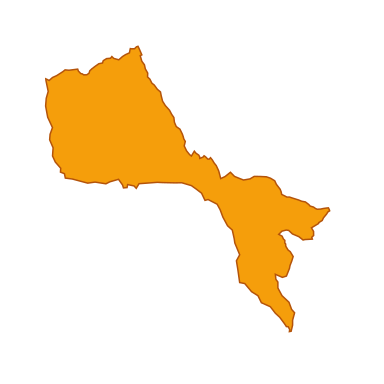 Koilineia, Paphos, Cyprus, rotated 352°
{"feature_id": "46923920B51362656618106", "entity_name": "Koilineia", "entity_type": "district", "adm_level": 2, "iso_a3": "CYP", "parent_name": "Cyprus", "parent_adm1": "Paphos", "projection": "natural_earth1", "projection_center": [32.649, 34.878], "detail": "fine", "context": "isolated", "style": "filled", "palette": "amber", "viewbox_px": 384, "rotation_deg": 352, "n_neighbors": 0, "source": "geoboundaries", "source_scale": "gbopen_adm2", "svg_char_len": 2770}
<svg xmlns="http://www.w3.org/2000/svg" viewBox="0 0 384 384"><g transform="rotate(352 192 192)"><path d="M63.0,59.6L62.9,61.5L63.6,72.4L60.7,78.9L59.0,86.5L59.5,97.9L62.8,108.8L59.5,115.1L58.3,120.5L60.6,128.9L58.9,136.9L60.8,143.3L65.3,150.2L64.5,154.0L68.2,156.1L68.5,160.6L75.3,162.5L89.9,168.7L97.4,168.7L107.9,171.9L112.0,170.5L121.0,169.2L124.2,175.4L124.7,178.4L128.3,178.6L129.3,175.7L135.4,177.9L137.3,180.6L140.7,176.4L151.2,177.1L159.0,177.6L164.3,178.6L176.5,180.6L183.1,181.4L192.3,185.6L196.7,189.8L201.3,194.5L203.7,202.1L206.9,201.7L215.2,207.6L217.4,213.5L219.1,221.2L222.5,230.4L226.6,235.3L227.3,244.2L227.3,248.4L230.5,260.8L226.4,266.3L226.6,275.4L226.6,288.3L231.5,290.0L237.1,299.0L242.9,303.9L245.3,311.3L253.6,316.5L257.7,323.7L261.4,328.2L264.9,334.6L266.1,337.0L266.7,338.4L268.5,338.8L269.6,341.8L269.0,343.8L270.8,343.7L273.1,337.8L273.8,332.9L276.8,325.9L274.3,322.1L272.7,314.7L266.7,307.2L263.7,299.0L264.5,293.1L262.9,290.1L263.1,285.1L269.6,289.1L273.8,288.4L277.9,281.2L278.8,278.5L281.1,274.4L283.2,270.0L281.0,264.8L279.0,262.7L277.3,258.7L277.5,256.5L276.8,255.4L277.2,252.8L276.0,251.3L275.1,248.3L272.0,246.0L275.6,243.3L280.0,242.8L282.4,243.5L285.6,247.5L286.6,248.1L291.6,251.1L295.3,255.0L297.2,254.8L304.6,255.4L304.3,253.5L306.4,252.0L306.9,248.0L305.3,244.1L313.0,240.8L313.2,240.0L317.0,238.3L318.6,235.9L322.4,232.4L323.6,230.8L325.7,229.8L325.5,228.6L324.9,226.7L323.4,226.6L319.8,226.6L317.0,226.8L313.6,226.5L312.1,225.6L310.2,223.8L307.1,222.4L305.8,220.5L302.9,217.6L299.3,216.4L296.4,214.7L294.7,213.9L290.7,212.0L287.9,210.6L285.2,210.2L283.3,208.8L280.5,206.9L280.3,204.2L279.7,201.6L276.6,196.1L275.5,192.4L271.7,189.3L267.8,187.3L261.5,186.1L255.8,185.2L251.2,187.1L244.7,187.3L240.6,185.0L236.3,182.5L232.8,177.8L226.9,181.3L222.3,182.7L221.4,174.9L219.7,169.3L217.9,166.2L216.6,163.1L215.1,160.6L213.6,161.8L212.2,161.6L210.3,159.0L209.0,157.8L207.7,159.0L204.4,159.8L204.5,158.3L203.8,156.4L201.3,154.1L200.0,151.9L196.4,156.3L194.8,154.6L192.4,150.6L190.7,145.3L192.4,141.0L191.3,138.4L191.0,135.9L190.5,133.3L188.8,128.1L185.5,125.0L184.3,120.5L184.4,115.7L182.7,112.3L181.1,107.9L177.6,102.7L175.5,98.0L174.9,92.3L174.7,88.5L172.0,85.5L169.5,80.8L167.4,78.6L166.0,74.4L164.0,71.9L164.7,68.1L162.9,63.5L162.6,59.4L160.5,55.5L159.7,49.8L161.4,49.2L159.6,42.7L158.8,40.2L157.2,40.5L155.1,42.1L152.1,41.8L150.9,41.4L150.6,42.1L149.4,45.5L145.3,46.7L142.0,48.2L137.9,50.9L133.1,48.8L131.5,46.7L129.9,48.2L126.0,48.0L122.4,49.6L121.3,51.8L117.6,52.0L113.7,54.0L110.1,56.0L107.6,57.8L106.6,60.0L104.1,61.3L101.0,60.9L99.9,59.8L98.3,59.2L96.3,56.4L95.9,54.4L87.1,54.3L83.3,53.4L81.0,54.8L74.2,57.9L69.8,59.2L66.0,61.7L64.4,60.5L63.0,59.6L63.0,59.6Z" fill="#f59e0b" stroke="#b45309" stroke-width="1.5"/></g></svg>